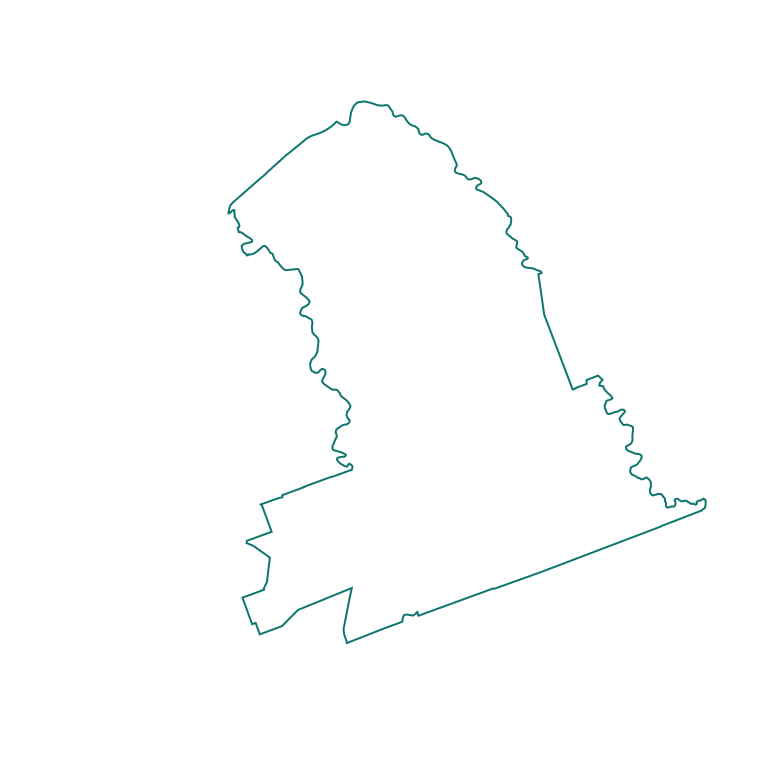 Darebin, Victoria, Australia (Albers equal-area conic projection), rotated 152°
{"feature_id": "25037944B70656955995006", "entity_name": "Darebin", "entity_type": "district", "adm_level": 2, "iso_a3": "AUS", "parent_name": "Australia", "parent_adm1": "Victoria", "projection": "albers", "projection_center": [145.008, -37.738], "detail": "fine", "context": "isolated", "style": "outline", "palette": "teal", "viewbox_px": 768, "rotation_deg": 152, "n_neighbors": 0, "source": "geoboundaries", "source_scale": "gbopen_adm2", "svg_char_len": 6166}
<svg xmlns="http://www.w3.org/2000/svg" viewBox="0 0 768 768"><g transform="rotate(152 384 384)"><path d="M538.3,172.7L499.3,168.2L479.6,165.5L477.2,168.6L475.7,170.0L473.9,170.5L472.1,169.7L467.0,165.9L465.7,165.9L461.7,167.0L462.3,163.2L383.9,152.3L383.2,151.5L334.0,144.3L206.3,128.2L205.9,128.4L162.4,123.1L161.4,123.8L159.5,123.7L158.2,124.6L156.4,127.0L154.9,129.8L154.8,130.6L155.5,131.8L155.2,131.8L155.8,132.8L159.4,132.5L160.7,133.2L162.2,133.2L163.5,132.9L163.6,132.1L163.9,131.6L164.7,131.1L166.0,131.6L167.5,133.5L169.1,133.8L170.1,136.1L170.9,136.6L171.1,137.4L171.1,138.0L171.7,138.8L172.7,139.5L176.3,140.6L177.9,143.0L178.4,144.5L179.4,145.3L181.1,145.5L181.8,145.0L182.2,144.4L182.1,143.2L182.5,141.9L183.3,140.8L184.9,139.7L185.7,139.7L187.6,140.8L191.5,141.6L192.3,142.8L192.1,144.4L191.0,146.2L190.8,148.7L189.6,151.6L190.5,153.1L190.4,154.8L191.1,156.8L194.1,158.5L195.8,158.5L196.4,158.9L199.1,159.4L199.7,160.6L200.0,162.3L199.9,163.5L199.2,165.2L198.2,166.5L196.7,167.8L194.5,172.1L194.5,174.4L195.2,176.3L195.7,177.5L196.3,178.4L200.3,178.4L201.6,179.1L202.6,180.9L203.3,181.3L206.1,185.9L207.1,186.6L208.0,189.0L207.9,190.6L207.6,191.4L206.0,193.5L205.0,194.4L203.6,194.5L199.0,194.0L198.2,194.2L193.6,196.2L191.6,197.7L190.6,198.8L190.3,199.7L190.5,200.7L191.2,201.8L192.1,202.8L194.6,204.3L199.2,209.8L200.2,211.1L200.6,212.5L200.6,213.3L200.3,214.2L199.5,215.2L194.0,215.4L191.6,216.9L190.2,219.2L189.0,221.7L185.6,226.7L184.4,229.0L184.8,229.9L188.2,233.9L191.6,235.2L192.1,236.1L192.6,239.4L192.7,241.6L192.3,242.7L190.7,243.9L185.1,246.0L184.2,246.7L184.0,247.3L184.0,248.0L185.0,249.1L186.1,249.9L188.6,250.1L190.4,249.8L193.5,251.0L195.7,251.0L199.3,251.8L199.9,252.1L200.8,253.3L200.2,259.4L199.0,261.8L197.9,262.4L196.4,264.0L195.4,264.7L190.3,263.8L189.1,264.1L188.8,264.8L189.4,268.0L190.1,269.2L191.9,275.2L191.8,278.0L191.4,278.9L194.6,281.5L192.7,283.8L189.1,285.0L191.0,290.9L203.3,292.4L205.0,288.9L216.4,290.5L216.8,290.1L220.0,290.6L210.0,370.0L196.1,408.5L192.7,408.0L192.6,408.4L192.7,409.6L193.0,410.3L195.2,412.3L197.2,415.0L198.6,416.4L203.9,420.1L205.4,422.1L205.9,423.7L205.9,425.0L205.5,425.9L203.9,427.1L201.8,427.6L198.4,427.2L197.7,428.1L198.1,429.1L198.7,429.6L199.5,430.9L199.5,435.3L203.1,441.7L203.1,442.7L200.0,446.4L199.7,447.1L199.7,447.9L201.3,450.9L202.1,451.8L202.6,452.9L202.9,454.2L204.8,458.1L205.0,460.0L203.9,461.6L202.1,463.1L200.5,463.3L199.1,464.7L197.6,465.2L196.9,465.9L194.6,469.2L194.0,470.5L193.8,471.7L194.1,472.6L195.6,474.4L194.8,476.1L195.4,478.1L196.2,483.0L198.1,489.4L198.3,490.9L200.9,496.8L206.2,507.1L210.9,512.2L210.8,513.6L210.3,514.4L209.6,514.9L207.9,515.5L205.2,515.4L204.0,515.8L203.2,516.7L203.1,518.1L203.5,519.2L204.5,521.2L207.0,523.4L210.5,523.8L213.0,524.7L213.8,525.5L214.1,526.3L214.5,529.3L215.4,530.9L216.1,531.9L219.9,535.2L221.1,536.7L221.4,537.8L221.4,539.0L219.6,541.2L217.9,542.1L216.9,543.2L216.6,544.0L216.2,550.5L215.5,556.8L215.2,557.6L215.7,562.8L216.5,565.5L219.1,569.2L224.1,574.9L226.1,577.8L227.0,579.9L227.1,582.8L228.1,584.4L229.3,585.5L230.2,585.8L233.1,585.9L234.6,587.2L234.9,588.2L234.8,590.2L234.1,592.1L234.3,594.0L235.5,596.9L238.1,599.4L239.6,602.1L240.3,605.8L240.5,609.8L241.2,612.0L242.3,613.0L243.7,613.6L248.3,614.5L248.9,615.2L249.4,616.5L249.4,617.7L248.6,620.6L249.3,624.9L249.3,626.8L249.5,627.8L249.9,628.3L252.0,629.6L255.2,630.7L258.9,633.3L263.6,638.4L268.5,642.6L273.5,644.6L274.8,644.9L276.7,644.8L279.9,643.7L282.2,642.2L285.8,639.0L290.6,632.5L292.2,630.7L294.3,630.3L295.8,630.4L298.1,631.6L299.7,633.0L302.7,637.9L309.5,636.1L316.1,635.4L322.1,635.6L331.4,637.1L334.7,637.2L338.0,636.9L347.5,634.8L349.0,634.7L360.1,632.4L361.3,632.4L386.4,626.1L391.4,624.6L396.6,623.6L432.2,615.2L435.0,614.2L436.8,613.1L437.9,612.0L441.1,607.7L439.3,607.3L437.7,608.0L435.3,608.4L434.6,607.9L434.5,607.5L435.6,605.9L436.5,603.2L437.3,601.6L437.4,600.4L437.1,598.7L437.0,595.9L436.8,594.6L437.2,592.0L438.1,590.7L439.7,590.7L440.9,586.6L440.8,586.1L439.3,585.3L438.4,584.2L435.4,577.9L433.7,575.4L432.9,573.1L433.3,572.1L434.1,571.6L438.7,572.6L441.5,573.5L442.9,573.2L444.0,573.2L444.7,572.9L445.7,570.6L446.1,567.8L446.0,566.2L444.7,563.5L444.8,562.1L443.9,561.5L442.7,562.1L441.4,561.1L437.9,560.2L433.2,560.8L426.4,562.4L424.9,562.3L423.9,561.1L423.3,559.5L422.8,555.8L422.9,553.4L421.3,551.3L422.1,546.0L422.1,544.0L420.5,541.3L419.9,536.7L418.4,531.8L416.9,530.4L406.5,526.2L405.8,525.6L405.6,524.6L406.0,517.4L408.2,511.8L409.5,509.8L413.5,506.7L414.8,504.9L414.9,503.8L414.5,502.5L412.2,497.5L410.8,492.7L411.2,491.4L412.8,490.1L415.7,489.4L420.4,489.6L422.3,488.4L424.5,486.5L424.9,485.9L424.8,484.0L424.4,483.3L423.0,481.8L421.6,480.8L420.4,479.3L419.1,476.8L418.3,475.9L417.7,474.4L418.2,472.1L421.1,467.8L422.9,463.5L422.5,460.6L421.2,456.9L421.1,454.9L421.5,453.0L424.3,448.7L428.2,443.2L432.0,440.7L436.4,439.5L439.5,436.8L440.4,435.4L441.7,431.1L441.6,429.7L441.3,428.9L439.6,426.5L438.1,425.3L436.4,425.1L432.9,426.3L431.8,426.4L430.8,425.9L429.8,424.4L429.8,422.4L431.4,420.0L436.1,416.9L437.3,415.8L437.3,413.1L435.3,408.7L432.4,403.4L428.3,401.0L427.3,396.7L427.3,395.6L427.8,394.7L427.7,393.8L424.7,387.0L424.1,384.6L423.8,380.9L424.6,379.6L425.7,378.6L427.6,377.5L429.3,377.0L431.6,374.3L432.0,372.5L431.9,370.1L431.4,367.8L432.4,366.6L433.6,366.0L435.9,365.9L438.5,366.8L441.0,367.1L442.4,366.7L446.3,366.5L448.2,365.6L449.3,364.1L449.5,362.2L450.4,359.7L451.2,359.0L453.2,357.8L456.3,355.0L457.8,354.1L458.7,353.3L459.9,350.9L459.8,349.9L459.1,348.8L454.5,344.5L451.0,340.0L451.1,338.9L452.2,338.4L453.3,338.4L455.2,339.5L458.4,340.4L460.1,340.4L461.0,339.5L461.0,337.9L459.8,334.0L456.7,329.3L456.0,328.6L455.4,328.5L452.3,330.0L451.5,329.3L450.6,327.1L450.6,326.2L451.0,325.2L452.6,323.4L473.8,326.4L474.1,326.8L502.9,330.8L503.0,330.4L503.4,330.5L526.1,333.6L526.8,331.7L531.5,332.9L549.3,335.5L548.8,333.7L552.6,306.3L578.6,309.9L580.0,308.1L575.3,302.4L566.3,284.3L580.2,264.3L586.3,259.7L586.4,258.7L609.3,261.8L613.2,233.8L609.5,233.3L611.2,221.3L587.8,218.1L566.0,224.9L508.2,219.0L515.3,210.6L534.9,186.4L536.7,181.8L537.8,174.6L538.3,172.7Z" fill="none" stroke="#0f766e" stroke-width="2"/></g></svg>